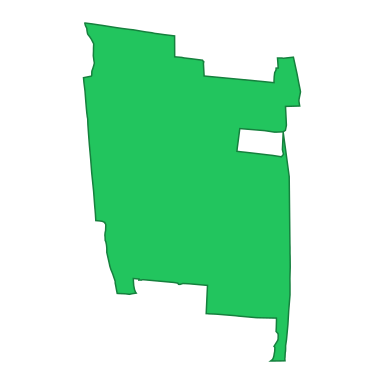 Grivita, Galati, Romania
{"feature_id": "2599482B77537188283397", "entity_name": "Grivita", "entity_type": "district", "adm_level": 2, "iso_a3": "ROU", "parent_name": "Romania", "parent_adm1": "Galati", "projection": "orthographic", "projection_center": [27.661, 45.694], "detail": "fine", "context": "isolated", "style": "filled", "palette": "green", "viewbox_px": 384, "rotation_deg": 0, "n_neighbors": 0, "source": "geoboundaries", "source_scale": "gbopen_adm2", "svg_char_len": 2952}
<svg xmlns="http://www.w3.org/2000/svg" viewBox="0 0 384 384"><path d="M290.0,251.9L290.0,247.6L289.9,243.4L289.2,176.7L285.8,151.3L283.2,132.4L282.4,149.7L283.5,154.3L281.4,156.8L272.5,155.4L267.1,154.8L261.3,154.1L251.9,153.0L243.9,152.1L240.9,151.8L236.9,151.3L237.3,147.7L238.4,139.4L239.4,131.6L239.8,128.6L242.6,128.8L264.5,130.6L274.3,132.1L276.7,132.1L283.2,131.8L285.4,130.3L286.4,125.2L285.5,106.4L299.7,106.0L299.3,103.7L298.9,101.1L299.0,99.4L300.5,91.9L300.2,90.1L298.6,82.2L297.1,74.2L293.4,57.2L292.2,57.3L283.2,58.3L282.0,58.0L277.5,58.0L277.8,61.8L278.2,68.0L276.1,68.1L276.0,70.1L274.7,72.6L274.2,76.8L274.0,81.3L274.1,82.6L273.1,82.6L262.5,81.5L204.1,76.0L203.7,68.7L203.5,64.6L203.4,63.3L203.7,62.8L203.5,62.4L203.7,61.5L202.8,60.9L202.5,60.2L191.6,58.8L183.9,57.9L181.8,57.4L174.7,56.8L174.6,35.9L173.7,35.8L164.5,34.7L158.8,33.9L154.8,33.4L151.7,32.7L145.5,31.9L142.0,31.3L133.3,29.8L129.4,29.4L123.2,28.6L121.6,28.4L120.3,28.2L116.1,27.6L107.3,26.2L102.3,25.4L98.7,24.9L92.1,23.9L85.0,23.0L84.8,23.1L85.4,25.5L86.8,28.4L87.0,30.7L87.3,32.4L87.6,33.8L87.9,34.4L88.4,35.1L89.6,36.6L91.4,39.3L92.6,41.7L93.7,43.8L93.5,48.0L93.5,51.1L93.3,55.8L93.9,60.3L94.3,62.6L94.3,63.4L93.7,65.7L92.9,68.3L91.9,71.1L91.8,72.8L91.8,74.6L91.6,75.8L91.1,76.2L89.0,76.6L83.5,77.7L84.0,83.1L85.0,91.0L85.7,100.2L86.4,108.6L86.8,112.9L87.1,115.1L87.3,116.8L87.5,117.8L87.7,118.9L87.9,124.5L88.5,133.4L89.4,145.1L90.7,159.5L91.7,172.6L93.6,191.2L94.3,200.5L94.7,205.9L95.1,210.2L95.4,214.0L95.8,220.6L99.5,220.9L102.3,221.3L104.8,222.5L104.8,223.0L105.6,224.1L105.8,224.9L105.6,230.5L105.1,232.8L104.9,235.2L105.1,237.4L105.2,240.4L105.8,241.7L106.4,244.5L106.6,246.1L106.8,248.5L106.8,252.4L107.5,255.5L108.3,259.1L108.9,261.7L109.5,264.4L109.7,265.6L110.2,267.3L110.8,269.2L111.0,269.8L111.9,271.9L112.9,274.4L113.3,275.7L114.2,278.3L115.2,281.3L115.2,283.1L115.8,286.1L116.6,290.5L117.1,292.9L117.2,293.4L118.3,293.5L125.4,293.8L129.5,294.3L132.2,293.7L136.2,293.1L135.4,291.9L134.5,289.6L133.7,285.5L133.4,281.1L133.3,278.5L136.5,278.8L139.0,279.0L138.9,279.5L138.9,280.1L139.3,280.0L141.4,280.1L141.7,279.9L142.6,279.7L143.4,279.7L145.7,279.9L173.3,282.4L176.0,282.8L176.9,283.0L177.9,283.2L178.5,284.3L180.0,284.4L182.8,283.5L185.8,283.6L189.4,283.8L207.5,285.4L206.2,313.6L208.3,313.7L208.5,313.8L215.9,314.1L235.5,315.7L238.7,316.1L255.5,317.6L257.0,317.7L276.4,318.1L276.5,320.1L276.3,327.4L276.1,331.5L278.0,333.6L278.2,335.4L278.1,339.0L277.7,340.4L276.3,342.7L274.0,346.4L274.6,347.0L274.9,347.5L274.8,349.4L274.7,351.4L274.2,354.0L273.9,355.9L273.3,357.9L272.9,358.8L272.4,359.6L270.6,361.0L280.8,360.9L285.0,360.8L284.9,359.5L284.8,358.9L285.0,357.2L285.1,354.9L285.2,352.8L285.5,351.2L285.6,349.0L285.6,346.6L285.6,345.7L285.8,344.4L286.5,339.6L287.2,332.1L287.9,324.6L288.7,310.8L290.0,294.9L290.0,285.0L289.9,278.6L290.2,266.9L290.1,256.6L290.0,253.3L290.0,252.7L290.0,251.9Z" fill="#22c55e" stroke="#15803d" stroke-width="1.5"/></svg>